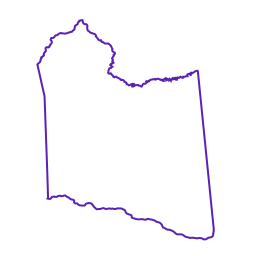 Lagoa da Confusão, Tocantins, Brazil (Natural Earth projection), rotated 277°
{"feature_id": "56859067B90547454880809", "entity_name": "Lagoa da Confusão", "entity_type": "district", "adm_level": 2, "iso_a3": "BRA", "parent_name": "Brazil", "parent_adm1": "Tocantins", "projection": "natural_earth1", "projection_center": [-49.967, -11.048], "detail": "fine", "context": "isolated", "style": "outline", "palette": "violet", "viewbox_px": 256, "rotation_deg": 277, "n_neighbors": 0, "source": "geoboundaries", "source_scale": "gbopen_adm2", "svg_char_len": 5837}
<svg xmlns="http://www.w3.org/2000/svg" viewBox="0 0 256 256"><g transform="rotate(277 128 128)"><path d="M180.1,30.3L150.1,41.0L148.7,41.4L73.5,53.4L48.6,57.2L48.2,56.9L48.0,58.6L48.3,59.6L49.0,60.3L49.5,60.4L50.0,60.7L50.3,61.1L50.6,61.8L50.9,62.9L50.8,64.2L50.9,65.1L51.2,66.1L52.0,66.9L52.3,67.9L52.5,69.0L52.2,70.2L52.5,71.6L52.9,72.2L53.3,73.3L53.3,74.1L52.8,75.0L52.4,75.5L51.9,76.9L51.8,77.6L50.8,78.9L50.2,80.4L50.1,82.4L49.7,83.1L49.1,83.5L47.5,83.6L46.8,84.5L46.9,86.5L46.7,87.1L46.3,87.5L45.8,88.3L45.3,89.8L45.4,90.6L45.4,91.4L45.7,94.3L46.1,94.8L47.4,95.3L47.9,95.9L48.7,97.8L48.7,99.3L48.7,100.0L48.6,101.0L47.9,101.8L47.0,102.5L46.5,103.1L45.7,103.6L45.3,104.2L44.5,105.5L44.0,106.0L43.6,106.7L43.6,107.6L44.0,108.6L44.2,110.4L45.2,112.3L45.5,113.7L44.8,116.0L45.4,117.5L45.7,118.9L46.0,119.6L45.7,120.4L45.8,121.2L46.1,122.1L46.1,123.0L46.0,123.8L46.0,125.0L46.3,126.0L46.9,127.0L47.3,130.8L47.3,131.5L46.8,132.4L46.6,133.5L46.5,134.0L46.1,134.7L45.6,135.2L44.0,136.1L43.6,136.5L43.3,136.9L42.9,137.5L42.5,138.9L42.1,141.2L41.9,141.7L41.3,142.3L39.7,142.6L39.2,143.8L39.0,145.5L38.6,146.8L38.6,148.3L38.6,149.5L38.8,150.8L39.3,153.4L39.0,155.6L39.1,156.3L39.4,157.3L40.2,158.5L40.2,159.0L40.0,161.1L39.9,163.2L39.4,165.7L39.2,166.3L38.4,167.6L38.2,168.9L38.2,169.9L37.7,171.4L36.4,173.1L35.2,173.9L34.2,174.4L33.6,174.8L33.3,175.9L32.0,179.1L31.9,180.1L32.1,181.7L31.2,184.9L30.7,185.9L28.9,188.6L28.6,189.1L28.5,190.8L28.7,191.6L28.8,193.0L28.9,194.3L28.7,195.3L27.3,197.8L27.0,198.7L26.8,200.6L26.5,202.3L26.5,203.3L26.8,204.3L27.0,205.4L26.9,210.4L27.3,211.1L27.6,212.7L27.5,214.3L27.2,215.7L26.8,216.3L26.7,217.1L27.0,218.7L27.9,220.0L28.8,221.0L29.3,222.8L29.9,224.1L30.6,225.0L31.7,225.5L33.0,225.5L33.7,225.4L34.2,225.6L34.9,225.4L36.1,225.7L37.6,225.4L38.3,225.5L39.1,225.2L192.5,190.5L193.3,190.1L193.1,189.2L192.7,188.3L192.4,187.8L190.2,185.2L190.6,184.6L190.7,183.9L190.0,183.3L189.4,183.4L189.0,183.8L188.5,184.0L188.2,183.6L188.6,183.1L189.1,182.6L189.3,182.0L189.0,181.3L188.6,180.7L188.2,180.4L187.6,180.4L186.7,180.8L186.6,179.7L185.9,178.2L185.7,177.5L185.7,176.7L184.8,176.7L184.4,176.1L184.7,174.8L185.1,174.3L185.3,173.8L183.9,172.5L183.9,171.9L184.3,171.2L183.8,170.8L183.3,170.9L183.2,170.3L183.5,169.9L183.7,169.2L183.5,168.7L183.0,168.7L182.5,169.1L182.4,169.7L182.4,170.5L181.9,170.6L181.8,169.7L182.0,169.0L182.4,168.3L182.8,168.0L183.1,167.5L182.6,167.0L183.0,166.4L182.3,165.7L181.3,165.0L180.1,164.8L181.1,163.9L181.6,163.6L181.9,163.2L181.3,162.9L180.6,162.9L180.1,162.7L180.4,162.2L181.1,161.9L181.5,161.3L181.6,160.6L181.3,160.2L180.7,160.4L180.2,160.3L180.4,159.8L181.6,159.7L182.1,159.4L181.7,159.0L181.1,158.7L180.9,157.9L180.2,157.2L179.6,156.9L179.1,157.6L179.0,157.0L179.2,156.5L179.5,156.0L180.1,155.5L179.7,154.9L179.7,154.2L180.2,153.8L180.4,152.5L180.6,151.9L180.5,151.3L179.4,149.5L179.4,148.9L179.9,148.8L179.6,148.1L179.5,147.3L179.3,146.4L178.9,145.8L178.8,145.1L178.6,144.4L178.0,144.0L177.8,143.4L177.4,143.0L176.9,143.1L176.7,142.6L176.8,141.1L176.7,140.6L176.3,140.3L175.5,141.2L175.1,140.8L174.7,140.4L174.2,140.0L173.9,139.2L173.9,138.2L173.3,137.5L172.7,137.2L171.2,136.8L170.8,136.5L170.8,135.9L171.1,135.3L171.4,134.7L171.3,134.0L171.5,133.3L171.9,133.0L171.9,132.5L171.5,130.7L171.1,129.8L170.1,128.6L169.8,128.0L169.7,127.1L170.3,126.9L170.8,127.4L171.5,127.4L171.6,128.2L172.3,128.6L172.5,128.0L172.5,127.4L172.3,126.8L171.7,125.6L170.7,124.5L170.5,124.0L170.5,123.4L171.0,122.9L171.2,122.3L171.4,121.3L171.8,121.0L172.5,121.0L173.1,120.3L173.3,118.9L174.3,118.5L174.7,117.8L175.0,117.0L175.1,116.2L174.8,115.4L175.0,114.8L175.5,114.6L175.9,113.9L176.1,113.0L176.5,112.5L177.0,110.5L177.5,110.0L177.3,108.8L176.7,108.4L176.8,107.8L177.1,107.1L177.8,106.8L178.4,106.3L178.7,105.6L179.1,105.1L179.7,104.9L180.1,104.4L180.0,103.7L179.6,102.7L179.9,102.0L180.6,101.5L181.2,101.7L182.4,101.6L183.1,101.8L184.0,101.9L185.0,102.3L185.5,103.8L186.9,105.0L187.2,104.1L188.0,103.8L187.9,103.2L188.3,102.7L188.8,102.8L189.4,103.1L189.5,103.7L189.8,104.2L190.2,104.5L190.6,105.2L191.0,105.7L191.4,105.5L191.9,104.3L193.5,104.8L193.9,104.2L194.6,104.2L195.1,103.7L195.7,103.8L196.1,104.2L196.7,104.3L197.2,104.6L197.7,105.0L198.2,105.2L198.7,104.8L199.7,105.7L200.3,106.0L201.0,105.8L201.2,105.3L201.9,104.0L202.3,103.3L203.6,102.7L204.6,102.9L205.7,102.1L207.6,100.9L208.7,99.4L209.2,98.5L209.4,97.9L209.1,95.2L209.1,94.6L209.5,93.9L209.9,93.2L210.2,92.7L210.0,92.0L210.9,90.9L211.5,90.9L211.9,90.3L211.5,89.6L211.7,88.5L212.1,87.9L212.5,87.6L213.4,86.6L214.3,85.8L215.0,84.9L215.8,85.0L216.5,84.5L216.9,84.0L217.3,83.1L217.4,82.0L217.8,80.9L217.8,80.1L217.9,79.5L218.2,78.9L219.1,77.7L219.4,77.0L219.9,76.2L221.5,75.5L223.4,75.2L224.1,75.3L224.6,75.2L225.1,75.0L225.6,74.5L225.9,74.1L225.8,72.5L226.0,71.7L226.3,71.2L226.9,70.6L227.6,70.4L228.8,69.8L229.5,69.6L229.0,67.8L228.5,66.6L227.9,66.7L227.5,66.4L226.8,65.5L224.9,65.3L224.3,64.7L223.8,63.9L223.2,63.3L222.6,62.9L222.0,62.8L221.4,63.0L220.5,62.8L219.2,62.8L218.6,62.1L217.5,61.1L216.6,60.5L216.3,59.0L216.0,58.7L215.5,57.9L215.4,57.0L215.0,56.6L214.4,55.4L214.2,54.4L213.9,53.8L214.0,53.0L214.0,51.8L213.8,50.8L214.1,50.1L214.1,49.6L213.0,47.7L212.5,47.2L211.9,46.9L211.6,46.5L211.1,44.8L210.4,44.3L209.8,44.0L209.3,43.9L208.8,43.4L208.2,42.6L208.2,41.5L207.7,40.7L206.0,40.5L205.0,41.6L203.9,42.0L202.4,41.6L202.0,41.2L201.4,40.7L200.5,40.6L199.6,39.9L199.1,40.1L198.5,39.6L198.2,39.0L198.2,38.5L198.4,37.9L198.2,37.3L197.6,36.6L196.6,36.5L195.3,37.0L194.7,37.0L194.1,37.0L193.4,36.2L193.0,36.3L192.6,36.1L192.1,35.7L191.5,35.4L190.9,35.3L190.3,35.7L189.7,35.7L189.1,35.1L188.7,34.5L188.1,34.3L187.8,33.5L187.3,33.2L186.5,33.5L186.0,33.1L185.3,33.0L184.9,32.8L184.3,33.0L183.1,32.8L180.1,30.3ZM182.6,167.0L181.9,167.1L181.7,166.5L182.2,166.5L182.6,167.0Z" fill="none" stroke="#5b21b6" stroke-width="2"/></g></svg>